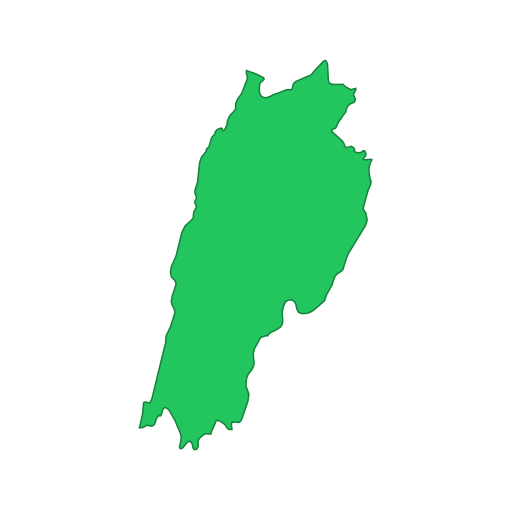 the border of Mizoram, rotated 23°
{"feature_id": "IND-3300", "entity_name": "Mizoram", "entity_type": "State", "adm_level": 1, "iso_a3": "IND", "parent_name": "India", "parent_adm1": "", "projection": "orthographic", "projection_center": [92.8, 23.22], "detail": "fine", "context": "isolated", "style": "filled", "palette": "green", "viewbox_px": 512, "rotation_deg": 23, "n_neighbors": 0, "source": "natural_earth", "source_scale": "10m", "svg_char_len": 4388}
<svg xmlns="http://www.w3.org/2000/svg" viewBox="0 0 512 512"><g transform="rotate(23 256 256)"><path d="M325.1,122.1L324.9,125.3L325.2,128.8L325.9,131.7L327.1,134.4L330.4,139.7L331.6,141.3L332.5,142.1L333.1,143.2L333.6,145.8L333.5,151.7L336.1,170.7L340.8,174.0L341.7,175.7L343.8,178.6L344.5,180.3L344.8,185.7L340.1,217.4L340.0,222.0L341.0,231.6L341.3,233.4L341.2,234.9L340.7,236.3L337.8,240.6L336.8,243.2L336.6,246.1L337.3,253.0L336.1,264.1L336.2,266.6L336.5,268.6L336.5,270.6L330.3,283.3L328.0,286.4L325.1,289.0L321.2,291.0L317.2,291.2L314.0,288.6L312.0,285.4L309.6,283.2L306.7,282.4L303.0,283.8L301.1,286.8L300.9,291.1L301.6,295.7L302.8,299.2L305.9,305.0L306.8,308.4L306.5,311.4L304.4,314.8L299.0,321.3L297.6,325.1L297.0,324.8L292.1,329.3L290.8,342.4L291.3,345.8L292.5,348.9L295.9,355.0L296.8,358.2L296.6,361.7L295.0,368.2L295.1,372.0L296.7,377.4L298.0,380.1L303.4,385.9L305.3,392.6L306.6,411.8L306.5,413.4L305.8,415.5L304.6,416.2L303.1,416.4L299.9,418.0L299.1,417.9L298.9,418.1L298.9,420.2L301.7,425.2L298.3,426.3L296.0,425.3L293.9,423.6L291.2,422.8L287.1,422.1L285.7,422.2L283.9,422.9L283.6,423.8L283.8,425.0L283.6,436.1L284.1,437.5L281.3,438.6L279.5,439.1L278.0,440.3L275.2,445.7L274.9,447.9L275.4,450.1L276.4,452.2L276.9,453.3L277.1,454.5L277.2,455.6L277.0,456.7L276.7,457.1L276.4,457.5L275.4,458.1L274.4,458.1L273.5,457.7L272.7,456.8L270.7,453.9L268.2,452.4L266.0,453.2L264.8,456.8L263.4,461.5L261.6,463.0L260.0,461.5L259.3,456.8L258.0,452.0L255.3,448.4L245.5,438.9L235.9,431.7L232.2,430.7L230.7,431.9L230.2,434.0L230.8,438.7L230.7,440.4L230.0,440.8L229.2,440.6L228.9,440.5L228.0,443.7L227.9,446.1L228.3,448.4L228.3,450.6L227.2,452.8L225.5,453.8L223.6,454.0L221.7,454.5L220.0,456.7L219.1,457.7L218.1,458.6L217.0,459.2L215.7,459.7L215.6,458.2L215.3,456.7L213.3,445.9L209.9,434.9L211.7,433.3L214.0,433.3L215.7,432.5L216.0,428.3L207.2,374.8L207.0,371.9L205.1,366.8L204.5,364.1L204.9,354.5L203.8,341.9L203.2,339.4L201.5,336.9L197.5,333.3L195.7,330.9L194.6,325.9L193.4,313.1L191.2,310.4L186.2,308.3L183.4,304.0L182.2,298.5L182.4,287.1L178.6,263.8L178.8,257.3L179.4,254.9L182.1,249.2L183.2,246.2L183.1,244.6L182.4,243.0L181.6,240.2L181.6,238.6L182.0,235.4L181.9,233.9L181.3,233.1L179.3,231.5L178.6,230.4L178.4,229.3L178.6,227.0L178.4,225.8L177.6,224.4L175.6,222.5L174.8,221.1L174.1,218.7L173.3,210.7L167.6,192.0L167.2,186.6L169.0,179.6L168.7,176.7L170.0,174.0L168.9,164.8L169.9,161.3L170.4,159.9L170.5,159.1L170.1,158.1L170.1,157.2L170.4,156.0L171.1,154.6L171.6,153.9L172.9,152.7L173.3,152.3L173.7,152.0L174.2,151.8L174.7,151.9L175.2,152.1L175.5,152.5L175.8,153.0L176.2,153.3L176.8,153.4L177.4,153.0L177.6,152.5L177.8,151.4L178.0,149.9L177.9,148.3L178.0,147.1L178.0,146.2L177.8,145.5L177.1,144.0L177.0,143.4L176.9,142.4L177.0,138.4L177.1,137.1L177.3,136.2L179.2,131.3L179.7,128.9L179.6,128.0L179.2,127.1L178.3,125.1L178.1,124.6L177.8,123.6L177.7,122.1L177.8,118.6L179.2,112.4L179.3,111.1L178.8,97.1L178.6,95.8L178.2,94.7L177.7,93.9L177.0,93.1L176.6,92.7L175.7,91.6L174.8,89.0L185.4,88.4L192.4,88.8L193.5,89.0L194.0,89.5L194.3,89.9L194.3,90.4L194.1,91.2L193.7,92.0L192.6,94.0L192.2,94.9L192.2,96.0L193.5,100.3L194.7,103.0L195.5,104.2L196.6,105.4L197.9,106.4L199.5,107.0L200.7,107.1L202.0,106.9L203.4,106.4L205.2,105.0L206.6,103.6L208.7,100.9L213.5,96.7L218.2,91.8L219.9,90.6L221.5,89.9L222.6,89.6L223.6,89.0L223.8,87.7L223.7,86.3L223.3,84.6L223.3,82.1L224.5,79.7L231.8,72.0L235.1,68.8L236.0,67.5L236.4,66.4L237.1,63.6L241.8,50.9L242.5,49.5L243.5,49.0L244.6,49.2L246.5,51.1L247.4,52.5L254.1,66.3L255.4,67.9L257.4,68.2L259.3,68.2L269.3,63.9L271.3,65.0L276.2,65.7L278.5,65.7L282.4,62.7L283.0,64.1L282.5,67.9L283.1,70.0L285.9,72.2L286.6,74.6L286.1,76.4L283.6,78.9L282.5,80.8L281.8,83.1L281.7,85.2L282.4,88.8L282.0,89.9L281.1,92.9L281.0,94.8L280.8,95.8L280.1,97.8L279.4,101.8L279.5,105.5L279.4,106.6L279.1,107.4L278.4,108.2L277.6,108.8L276.9,109.5L276.4,110.2L276.7,110.9L277.4,111.6L279.1,112.5L290.4,116.3L292.4,117.6L293.7,118.8L294.5,119.9L295.6,120.7L296.9,120.8L298.3,120.0L300.0,118.3L300.9,117.9L301.9,117.9L303.5,118.2L304.9,119.1L305.3,119.7L305.3,120.5L305.3,120.9L305.6,121.4L306.4,121.5L307.8,121.4L310.3,120.8L311.7,120.0L312.6,119.1L313.2,117.8L313.8,117.0L314.6,116.7L315.5,117.1L317.0,118.7L317.6,119.9L317.7,121.2L317.5,122.2L317.0,123.3L316.7,124.3L317.0,125.1L318.2,125.1L323.7,122.2L325.0,122.1L325.1,122.1Z" fill="#22c55e" stroke="#15803d" stroke-width="1.5"/></g></svg>